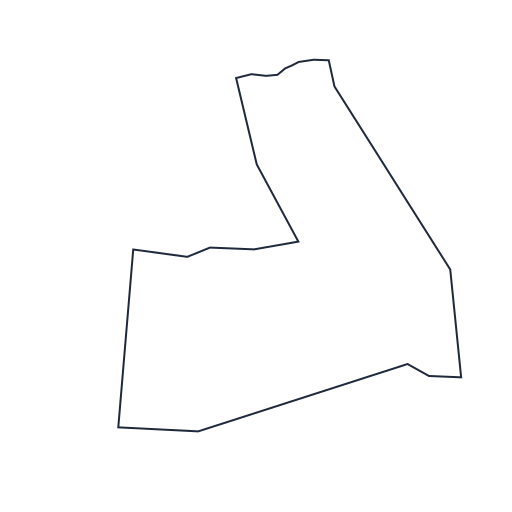 SVG path tracing the border of Sejong, rotated 253°
{"feature_id": "KOR-5129", "entity_name": "Sejong", "entity_type": "Special self-governing city", "adm_level": 1, "iso_a3": "KOR", "parent_name": "South Korea", "parent_adm1": "", "projection": "orthographic", "projection_center": [127.244, 36.566], "detail": "fine", "context": "isolated", "style": "outline", "palette": "slate", "viewbox_px": 512, "rotation_deg": 253, "n_neighbors": 0, "source": "natural_earth", "source_scale": "10m", "svg_char_len": 462}
<svg xmlns="http://www.w3.org/2000/svg" viewBox="0 0 512 512"><g transform="rotate(253 256 256)"><path d="M132.4,74.2L298.1,140.5L275.3,190.0L277.5,214.5L262.9,256.1L257.4,300.7L343.3,283.5L432.0,289.0L431.2,304.8L425.3,318.4L423.0,329.5L426.9,338.8L427.7,346.1L429.1,353.5L426.8,368.6L421.9,382.8L395.2,380.6L319.4,401.4L265.9,416.0L186.3,437.8L80.0,416.7L90.7,386.3L108.4,369.3L105.2,149.4L132.4,74.2Z" fill="none" stroke="#1e293b" stroke-width="2"/></g></svg>